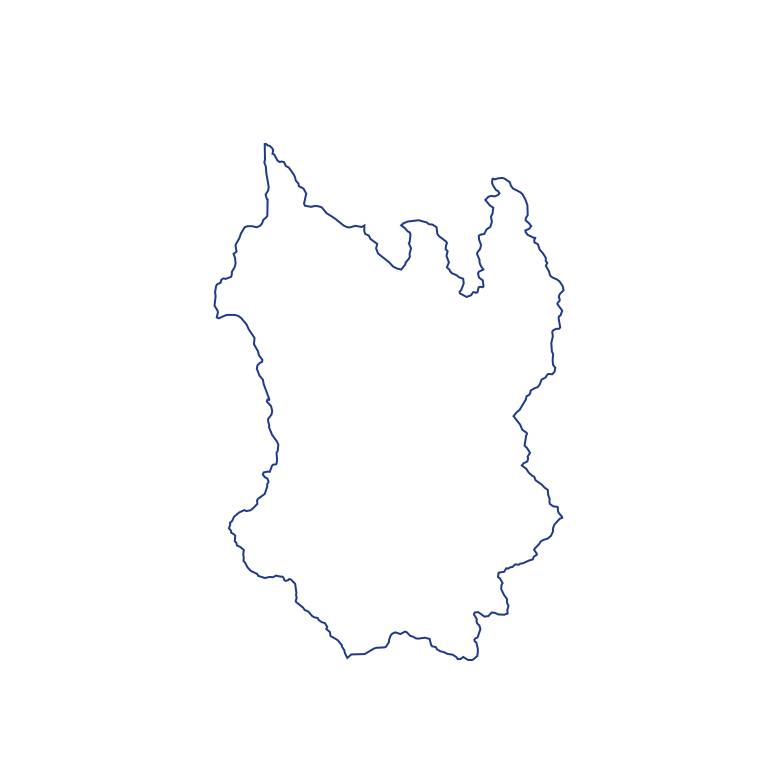 the district of Ocros, Áncash, Peru, rotated 129°
{"feature_id": "86281439B72862072024164", "entity_name": "Ocros", "entity_type": "district", "adm_level": 2, "iso_a3": "PER", "parent_name": "Peru", "parent_adm1": "Áncash", "projection": "robinson", "projection_center": [-77.418, -10.52], "detail": "fine", "context": "isolated", "style": "outline", "palette": "blue", "viewbox_px": 768, "rotation_deg": 129, "n_neighbors": 0, "source": "geoboundaries", "source_scale": "gbopen_adm2", "svg_char_len": 6154}
<svg xmlns="http://www.w3.org/2000/svg" viewBox="0 0 768 768"><g transform="rotate(129 384 384)"><path d="M437.5,555.9L437.0,553.8L429.5,549.9L424.5,543.8L422.9,540.5L422.6,536.7L424.2,528.3L426.6,523.6L429.7,513.6L434.9,510.1L438.0,502.3L440.2,499.6L441.9,493.5L443.8,492.7L445.3,493.7L449.1,494.1L452.2,492.4L455.9,485.9L456.9,480.8L459.9,477.3L467.9,463.7L468.6,463.3L469.4,464.8L471.3,464.1L472.3,457.8L475.4,453.8L478.6,452.2L484.1,452.1L486.3,450.1L488.4,447.0L489.8,446.4L493.9,439.1L496.0,431.2L497.7,427.9L502.7,424.6L505.1,424.2L510.2,419.4L513.4,417.4L514.1,417.3L516.7,419.5L518.1,419.6L524.1,417.5L525.4,419.4L528.5,421.9L530.7,421.1L531.4,417.9L530.9,415.1L532.5,412.3L535.4,411.7L537.4,410.1L544.5,407.5L552.6,409.7L554.3,409.4L556.9,407.0L562.8,407.5L566.2,408.3L569.4,411.0L569.9,413.2L575.2,415.8L581.7,417.0L586.0,415.8L588.8,416.4L589.8,415.1L593.7,413.7L594.4,410.4L595.7,409.2L595.2,405.8L595.6,404.1L600.1,401.0L600.2,399.0L602.0,396.6L601.1,393.2L601.2,388.5L605.1,386.1L607.4,383.5L609.9,381.9L610.3,379.5L612.4,374.6L613.1,369.9L611.4,363.0L612.3,361.1L609.7,354.4L606.0,351.6L604.1,348.7L600.8,347.3L598.8,343.1L597.8,342.1L597.6,340.5L599.1,338.1L598.8,336.4L596.9,335.1L595.4,335.0L594.5,333.4L595.2,327.3L601.4,320.7L603.5,319.4L605.1,317.3L608.1,316.1L608.8,315.0L608.7,306.3L609.5,303.4L608.5,299.5L609.5,294.1L609.3,291.6L607.6,288.2L608.5,286.2L608.3,282.6L607.0,279.4L608.5,275.2L610.7,274.7L610.8,270.0L613.5,266.9L612.2,259.0L613.4,252.7L614.5,251.5L615.9,247.4L617.9,244.7L620.0,240.1L614.7,239.2L606.1,229.1L595.9,225.3L593.6,223.7L588.5,218.0L586.9,217.1L581.5,217.7L579.8,219.0L575.1,220.6L572.7,220.4L569.9,218.9L568.0,213.9L563.3,211.9L562.6,210.3L563.2,204.9L562.1,202.6L561.6,199.1L560.3,197.1L555.4,192.5L553.4,188.1L557.0,183.4L557.6,181.7L555.9,178.2L556.9,175.7L556.3,172.2L554.7,168.7L553.8,164.8L551.2,160.4L550.7,156.0L551.4,153.5L549.6,151.5L546.3,150.6L545.6,145.1L543.1,141.9L541.9,141.3L536.7,140.3L533.1,142.5L530.5,144.7L526.8,149.6L526.9,151.6L525.9,152.8L524.4,152.9L521.9,151.8L513.7,154.9L511.6,158.0L511.5,160.8L510.0,163.0L508.3,163.9L506.5,169.1L505.3,169.6L504.2,169.5L502.0,167.2L501.5,159.5L498.8,156.9L493.8,156.5L492.0,153.6L491.2,150.3L487.7,145.4L484.5,143.5L482.1,145.9L478.2,147.6L476.4,150.9L473.8,152.9L472.3,158.3L469.6,163.9L466.3,166.2L464.1,166.5L462.1,171.6L462.3,173.9L458.5,176.2L454.4,172.5L450.2,173.0L449.5,171.5L447.0,170.5L445.3,169.0L441.7,168.6L439.6,165.5L437.8,165.0L435.9,163.2L430.2,160.4L426.7,158.0L424.0,158.9L420.5,157.8L419.6,158.8L418.4,163.0L417.1,163.3L410.8,162.7L407.8,163.1L404.8,162.0L401.1,159.5L396.9,158.7L392.5,159.8L389.5,162.0L385.9,163.1L378.1,162.6L375.8,161.3L375.1,162.3L374.2,167.1L373.1,169.1L370.5,171.2L370.3,171.9L372.6,175.5L372.8,179.5L371.6,181.2L369.2,182.8L366.6,186.9L363.2,190.1L363.5,194.0L362.9,197.5L363.4,205.7L361.5,208.9L362.0,210.9L361.8,215.8L360.4,220.0L360.6,225.7L357.7,225.6L354.0,223.9L351.3,225.0L350.1,226.7L345.6,227.2L343.8,232.4L343.4,236.0L334.7,241.0L332.6,241.5L332.2,242.3L332.5,247.8L329.9,252.6L327.5,263.1L322.2,263.1L318.8,262.3L306.9,264.0L303.7,265.5L301.6,264.5L299.4,264.5L296.7,265.9L292.2,264.2L290.0,262.7L286.7,262.6L281.4,264.3L277.4,262.6L273.9,262.9L272.8,262.7L270.6,259.4L267.0,259.2L263.6,261.1L262.7,264.7L259.4,267.9L254.2,271.5L253.1,274.0L246.8,279.8L240.8,282.7L237.7,286.0L236.2,286.4L232.8,285.0L230.8,282.6L229.1,282.7L223.1,289.6L221.5,290.6L219.5,290.0L214.9,291.6L212.7,299.6L211.9,300.1L208.9,299.9L207.4,300.9L206.6,302.7L204.0,304.0L198.1,303.5L195.5,306.7L193.8,312.1L193.9,315.4L195.1,319.6L195.3,322.3L194.7,323.9L192.6,326.7L190.3,332.6L187.1,333.3L186.7,335.6L184.1,337.7L182.3,343.1L181.7,347.4L178.5,352.4L179.3,356.1L177.6,357.8L175.3,358.5L176.3,360.2L177.7,366.5L176.7,369.7L175.7,370.8L172.2,368.9L168.7,368.9L167.9,371.9L167.7,377.0L165.9,378.1L162.3,378.6L154.8,385.1L151.8,390.0L149.4,395.6L149.2,398.7L150.9,406.7L150.0,410.3L148.0,413.2L148.5,419.4L149.3,421.6L152.4,424.8L155.3,426.7L155.7,428.5L156.6,428.7L159.7,426.6L161.3,423.7L162.8,418.8L162.3,416.9L163.1,414.3L165.2,414.3L168.5,416.0L170.3,419.0L172.6,420.6L177.2,421.1L178.6,414.0L178.2,410.0L183.3,406.9L186.5,406.3L190.1,402.2L195.1,400.2L199.2,401.6L204.4,400.5L207.0,402.9L209.2,403.6L212.1,400.8L214.5,396.6L215.8,395.6L218.5,394.3L222.6,394.3L224.3,393.7L227.3,388.1L229.5,386.1L231.3,383.1L232.5,378.8L237.2,381.0L238.8,380.6L241.5,377.2L241.3,372.4L245.6,368.0L246.8,368.3L247.6,370.1L249.3,371.3L253.9,369.1L255.3,370.0L255.8,371.6L256.7,372.5L260.3,372.2L264.4,374.6L265.8,382.1L264.8,383.3L262.5,383.1L255.7,385.3L252.4,388.7L253.9,393.2L253.7,395.7L255.2,401.0L254.8,403.7L254.0,404.9L253.8,408.5L248.6,410.1L245.2,416.0L240.8,418.1L240.4,421.0L237.1,423.1L234.8,423.7L234.2,425.7L234.5,434.4L233.8,437.0L229.1,441.8L229.6,446.6L231.6,449.8L231.5,452.3L234.9,460.1L242.7,467.7L246.8,470.0L249.9,470.5L249.7,465.8L250.5,461.7L250.0,459.5L251.1,457.5L257.5,453.4L259.0,453.3L261.5,448.4L266.7,446.1L268.7,444.1L271.1,443.5L276.1,443.6L277.8,442.7L284.2,442.6L286.2,446.9L287.0,451.0L286.2,456.3L286.3,470.8L283.6,475.5L279.4,477.4L279.8,485.8L278.2,489.2L279.2,493.0L277.6,495.6L273.1,499.0L276.0,500.1L279.1,505.8L283.7,509.0L285.3,511.2L286.2,514.6L286.3,526.8L287.4,536.2L285.9,543.6L287.2,546.9L288.9,549.5L292.2,552.2L295.1,557.4L294.3,559.6L285.0,564.2L282.8,569.5L283.8,574.8L282.1,576.6L281.5,580.4L279.1,583.6L277.8,586.6L275.7,594.3L276.4,597.4L274.5,601.4L275.7,603.8L277.1,604.7L277.4,607.4L274.7,613.9L275.3,615.5L271.9,617.4L271.1,619.5L270.9,622.7L271.8,624.6L271.7,626.8L272.6,627.7L284.4,617.8L287.2,616.4L289.3,612.8L294.5,607.8L303.4,597.6L306.5,595.8L311.3,595.2L313.2,592.7L314.0,591.1L313.8,590.6L326.5,580.7L328.3,580.3L332.5,581.1L335.9,579.8L339.1,579.9L342.3,581.6L344.4,585.9L347.5,589.6L349.8,590.9L357.1,589.9L361.7,588.2L368.9,587.0L370.4,586.0L373.9,581.9L377.6,582.8L379.5,579.4L383.7,575.2L387.2,573.6L392.6,572.8L394.8,571.1L397.0,570.3L402.0,573.2L402.8,575.0L403.8,575.6L405.9,575.9L408.0,574.7L411.5,576.4L413.6,576.1L419.2,572.9L421.6,570.2L429.8,565.0L431.8,559.4L432.9,558.1L437.5,555.9Z" fill="none" stroke="#1e3a8a" stroke-width="2"/></g></svg>